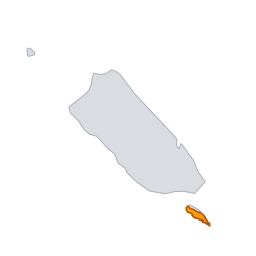 Vieques, Puerto Rico (highlighted), rotated 45°
{"feature_id": "32010507B52057892334666", "entity_name": "Vieques", "entity_type": "district", "adm_level": 2, "iso_a3": "PRI", "parent_name": "Puerto Rico", "parent_adm1": "", "projection": "natural_earth1", "projection_center": [-65.399, 18.121], "detail": "fine", "context": "in_parent", "style": "filled", "palette": "amber", "viewbox_px": 256, "rotation_deg": 45, "n_neighbors": 0, "source": "geoboundaries", "source_scale": "gbopen_adm2", "svg_char_len": 3237}
<svg xmlns="http://www.w3.org/2000/svg" viewBox="0 0 256 256"><g transform="rotate(45 128 128)"><path d="M173.0,104.4L176.0,106.6L178.8,106.3L176.5,101.7L178.6,101.7L196.9,104.5L208.6,109.3L220.6,111.5L221.4,127.1L212.1,133.4L206.0,139.9L201.1,147.9L188.1,157.2L172.4,160.0L162.0,160.3L158.1,160.0L154.3,158.4L146.4,159.9L136.7,155.8L128.3,156.8L111.8,155.9L105.6,159.4L99.6,160.2L93.8,159.5L88.8,158.0L76.6,158.1L71.4,155.0L73.6,137.2L73.8,129.2L70.8,122.5L67.5,118.4L65.1,113.4L69.9,110.2L73.9,105.4L75.2,98.3L79.5,96.6L84.6,95.7L108.0,99.1L167.4,100.9L170.8,101.5L173.0,104.4ZM240.0,142.5L232.5,143.2L227.6,142.3L226.0,138.9L235.1,135.8L245.6,136.3L251.7,138.1L252.4,139.4L240.0,142.5ZM7.1,147.6L6.2,147.7L5.3,147.6L4.9,147.3L4.3,146.3L1.6,144.6L1.0,143.1L1.6,141.4L2.7,140.8L8.2,140.6L8.8,140.8L9.9,141.9L9.9,142.7L9.3,143.5L8.4,145.4L8.0,145.9L7.6,146.4L7.5,147.3L7.1,147.6Z" fill="#d9dde1" stroke="#a8b0b8" stroke-width="1"/><path d="M225.6,142.2L225.4,142.9L225.7,143.1L226.0,143.2L226.1,143.8L226.3,143.9L226.9,144.5L227.1,144.7L227.3,144.7L228.2,145.0L228.9,145.3L229.3,145.2L229.7,145.3L229.8,145.4L230.1,145.2L230.5,145.1L231.0,144.7L231.8,144.2L232.5,143.9L232.9,143.9L233.2,143.8L233.5,143.7L233.9,143.8L234.4,143.7L234.9,143.5L235.3,143.7L235.3,144.5L236.0,144.5L236.9,144.5L237.4,144.7L237.6,144.6L237.9,144.6L238.1,144.4L238.1,144.1L238.4,143.9L238.5,143.9L238.7,144.0L238.9,144.1L239.3,143.9L239.8,143.9L240.2,143.6L240.3,143.2L240.8,142.9L241.2,142.5L241.7,142.3L242.1,142.2L242.4,142.1L242.5,142.1L242.8,142.1L243.0,142.2L243.1,142.3L243.3,141.8L243.5,141.7L243.8,142.1L244.0,142.4L244.3,142.4L244.6,142.3L244.8,142.2L244.7,141.8L244.7,141.5L244.9,141.3L245.0,141.2L244.9,140.7L245.2,140.4L245.5,140.4L246.3,140.4L246.6,140.3L247.1,140.6L246.6,141.3L246.6,141.7L246.9,141.8L247.4,141.9L247.5,141.9L247.8,141.8L248.2,141.6L248.3,141.5L248.4,141.4L248.6,141.1L248.7,140.8L249.2,140.7L249.3,140.6L249.4,140.3L249.8,140.2L250.1,140.2L250.3,140.5L250.5,140.3L250.8,140.2L251.0,140.4L251.3,140.2L251.2,140.0L251.2,139.9L251.2,139.6L251.2,139.3L251.5,139.3L251.8,139.3L252.1,139.6L252.3,140.0L252.6,139.7L253.0,139.7L253.3,139.6L253.6,139.5L254.0,139.5L254.4,139.8L254.5,139.7L254.9,139.4L255.0,139.3L255.0,139.1L254.8,139.1L254.7,139.1L254.3,139.2L254.0,138.8L253.9,138.8L253.7,138.4L253.5,138.1L253.4,138.1L253.1,138.0L253.0,137.7L252.9,137.8L252.5,138.0L252.3,138.3L251.8,138.3L251.5,138.3L251.4,138.3L251.2,138.1L250.8,138.1L250.7,138.1L250.3,138.0L250.0,137.9L249.9,137.9L249.5,137.5L249.1,137.7L248.8,137.7L248.6,137.6L247.9,137.5L247.5,137.3L247.0,137.0L246.9,137.0L246.5,136.9L246.1,137.1L245.9,136.8L245.8,136.7L245.7,136.6L245.0,136.6L244.4,136.5L244.2,136.4L243.7,136.2L243.3,136.2L243.2,136.2L242.6,136.1L240.9,136.3L240.3,136.4L239.8,136.5L238.9,136.5L238.5,136.7L238.1,136.9L238.2,137.3L238.3,137.4L238.1,137.8L237.9,137.9L237.4,138.0L236.7,138.1L236.0,138.2L235.3,138.4L234.2,138.9L233.9,139.0L233.2,139.2L232.6,139.1L232.4,139.2L231.8,139.4L231.7,139.4L231.3,139.8L230.5,140.0L229.8,140.4L228.8,140.8L228.6,140.9L228.0,140.9L227.1,140.8L226.5,140.9L226.4,140.9L225.8,141.0L225.5,140.9L225.4,140.9L225.6,141.5L225.7,141.8L225.6,142.2L225.6,142.2Z" fill="#f59e0b" stroke="#b45309" stroke-width="1.5"/></g></svg>